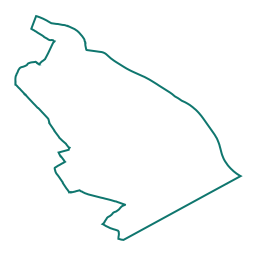 Brielle, Zuid-Holland, Netherlands
{"feature_id": "6326949B68429604867621", "entity_name": "Brielle", "entity_type": "district", "adm_level": 2, "iso_a3": "NLD", "parent_name": "Netherlands", "parent_adm1": "Zuid-Holland", "projection": "robinson", "projection_center": [4.167, 51.891], "detail": "fine", "context": "isolated", "style": "outline", "palette": "teal", "viewbox_px": 256, "rotation_deg": 0, "n_neighbors": 0, "source": "geoboundaries", "source_scale": "gbopen_adm2", "svg_char_len": 5211}
<svg xmlns="http://www.w3.org/2000/svg" viewBox="0 0 256 256"><path d="M240.6,176.1L239.5,175.5L237.8,174.4L236.6,173.6L234.4,171.9L233.3,171.0L232.3,170.0L231.3,169.1L230.3,168.1L229.4,167.1L228.5,166.1L227.6,165.0L226.8,163.8L225.4,161.8L224.7,160.7L224.1,159.6L223.5,158.4L223.1,157.4L222.1,154.9L221.7,153.6L221.4,152.5L220.4,148.6L219.7,146.1L219.5,145.2L219.1,144.0L218.6,142.6L217.8,140.6L217.3,139.4L216.7,138.1L216.1,137.2L215.3,135.8L214.7,134.8L213.4,132.9L207.9,125.1L203.1,118.3L202.2,117.1L201.4,116.0L200.4,114.8L198.8,112.9L197.4,111.4L195.8,109.8L194.2,108.5L193.2,107.6L192.2,106.8L190.6,105.6L189.8,105.0L187.7,103.7L185.2,102.3L181.7,100.7L179.3,99.0L178.5,98.5L178.1,98.2L174.9,96.4L172.2,94.1L169.8,92.4L158.4,85.2L157.1,84.3L152.1,81.2L149.1,79.4L147.4,78.5L144.4,76.9L143.2,76.4L134.3,72.4L131.7,71.2L129.5,70.1L126.5,68.5L123.7,66.8L115.7,61.8L114.8,61.2L113.9,60.6L112.0,59.2L110.9,58.4L110.0,57.6L106.1,54.1L105.9,54.0L105.1,53.4L104.5,53.1L103.9,52.8L103.2,52.5L102.7,52.3L102.4,52.3L101.9,52.1L101.2,52.0L98.8,51.7L96.1,51.3L87.2,50.1L86.7,50.0L86.5,49.9L86.5,49.6L86.2,49.3L85.4,45.5L85.3,44.4L85.2,43.1L85.4,43.1L85.3,42.2L84.7,41.2L84.4,39.6L84.0,38.8L82.2,36.2L80.8,34.6L78.9,32.4L78.2,31.8L77.7,31.3L77.1,30.8L75.6,29.8L74.6,29.1L69.2,26.6L68.9,26.5L68.4,26.3L68.4,26.2L67.5,25.8L67.3,25.9L67.3,26.0L64.7,25.1L62.4,24.9L57.9,24.0L56.1,23.9L51.3,23.2L47.8,21.2L46.7,20.5L44.7,19.5L42.9,18.6L41.2,17.9L39.8,17.3L38.1,16.7L37.3,16.4L36.5,16.2L36.1,16.1L31.3,28.8L32.6,29.6L33.4,30.0L33.6,30.1L33.8,30.2L34.4,30.6L34.7,30.8L35.1,31.1L35.4,31.2L35.6,31.3L36.7,32.0L37.6,32.7L38.0,32.9L40.3,34.3L40.8,34.6L41.5,35.0L41.8,35.2L42.3,35.5L42.7,35.8L43.6,36.4L44.1,37.0L45.0,37.5L46.3,38.2L47.2,38.7L47.4,38.9L47.9,39.2L48.2,39.4L48.9,39.8L49.5,40.0L49.9,40.1L50.0,40.1L50.4,40.1L51.2,40.1L51.7,40.0L52.2,40.1L52.8,40.2L53.3,40.4L53.6,40.9L54.0,41.3L54.5,41.4L54.3,41.7L53.9,42.0L53.5,42.3L53.4,42.4L53.2,42.8L52.9,43.2L48.1,53.3L46.7,56.0L45.2,58.8L45.1,59.1L43.2,60.6L42.6,61.0L41.7,61.6L40.9,62.4L40.2,63.1L39.5,64.0L39.4,64.1L39.4,64.3L39.2,64.5L38.9,64.3L39.0,64.3L38.9,64.2L37.6,63.2L36.0,62.0L35.8,61.9L35.6,61.8L35.4,61.9L34.7,62.0L33.9,62.1L32.0,62.3L31.3,62.4L30.4,62.6L28.7,63.2L28.3,63.4L28.0,63.6L27.8,63.7L27.7,63.9L27.2,64.6L27.1,64.8L26.7,65.1L26.5,65.3L26.2,65.4L25.3,65.9L24.8,66.1L23.8,66.5L22.9,66.8L21.6,67.1L21.1,67.3L20.6,67.5L20.1,67.9L19.8,68.1L19.6,68.3L19.4,68.6L19.1,69.1L18.7,69.6L18.5,70.0L18.3,70.4L18.2,70.6L17.4,72.7L16.8,73.6L16.7,73.9L16.6,74.2L16.5,74.3L16.2,75.4L16.1,75.5L15.9,75.8L15.7,76.4L15.6,77.0L15.5,77.7L15.4,78.9L15.4,79.4L15.4,80.4L15.5,82.4L15.4,82.4L15.4,83.3L15.5,83.2L15.5,83.9L15.5,84.2L15.5,84.7L16.4,85.3L18.7,87.8L19.7,88.7L21.3,90.5L22.4,91.6L23.1,92.4L23.6,92.9L24.6,93.9L24.8,94.1L25.1,94.3L24.8,94.5L25.5,95.1L25.8,95.3L26.0,95.5L26.4,95.8L27.1,96.6L29.0,98.7L31.0,100.8L33.6,103.6L34.5,104.5L34.9,104.9L37.7,107.9L38.2,108.0L40.3,110.2L41.4,111.4L42.3,112.4L43.0,113.1L44.2,114.4L47.0,117.4L48.0,118.5L48.4,119.1L49.4,122.8L49.2,123.0L54.4,130.6L54.3,130.8L58.9,136.9L59.2,137.6L62.5,140.8L66.0,143.8L66.1,144.1L68.5,147.2L69.6,147.7L69.0,148.7L68.9,149.0L68.6,149.7L68.6,149.8L67.2,150.2L62.3,151.5L60.5,152.0L59.4,152.3L58.6,152.5L59.5,154.4L60.6,156.5L61.0,156.4L64.0,160.4L64.0,160.5L64.2,160.8L64.9,161.7L65.0,161.8L64.3,162.2L64.3,162.3L63.3,162.8L62.9,163.1L62.5,163.3L62.4,163.3L61.5,163.8L60.0,164.7L57.9,165.8L57.0,166.4L56.6,166.7L55.4,167.4L55.1,167.6L54.8,167.8L54.7,168.0L54.7,168.4L54.7,168.8L55.0,169.9L55.3,170.9L55.3,171.1L55.4,171.5L55.6,171.9L55.7,172.2L55.9,172.6L56.1,173.0L56.3,173.4L56.6,173.8L56.9,174.2L57.0,174.3L57.3,174.6L57.4,174.8L57.6,175.1L57.9,175.4L59.4,177.5L60.8,179.6L61.4,180.4L62.0,181.4L62.8,182.4L62.8,183.0L64.8,186.0L66.0,187.8L66.2,188.1L66.4,188.4L67.6,189.9L68.3,190.9L68.8,191.6L68.9,191.9L69.1,192.4L70.0,192.2L70.2,192.3L70.3,192.1L71.0,192.0L71.2,192.3L71.3,192.4L71.7,192.3L74.9,191.6L76.4,191.1L77.7,190.8L78.5,190.6L79.6,190.3L80.6,191.1L81.0,191.3L81.8,191.5L82.2,191.7L82.5,192.0L83.8,192.6L84.7,193.1L86.1,193.6L86.7,193.8L88.3,194.4L100.8,197.6L103.1,198.1L105.3,198.7L106.6,199.0L110.2,199.9L111.6,200.3L112.6,200.6L112.9,200.7L114.3,201.1L114.8,201.3L115.9,201.4L116.1,201.5L118.8,202.5L119.6,202.7L120.2,203.0L121.4,203.4L121.7,203.5L122.7,203.9L124.2,204.4L125.8,205.0L125.3,204.9L125.1,204.9L124.9,204.9L123.7,205.4L122.3,206.0L122.0,206.2L121.1,207.0L120.6,207.5L119.5,208.8L119.2,209.2L118.1,210.1L117.0,210.9L116.4,211.3L115.9,211.6L115.6,211.7L114.6,212.0L114.2,212.2L114.0,212.3L113.6,212.5L113.3,212.7L113.1,212.9L112.8,213.2L112.3,213.9L111.3,215.0L110.8,215.3L110.1,215.9L107.9,217.1L107.3,217.6L107.2,217.7L106.8,218.3L106.4,219.0L104.8,221.4L104.4,222.1L104.4,222.4L104.1,222.7L104.0,222.9L103.8,223.1L103.7,223.2L103.1,223.7L102.6,224.1L103.3,224.4L104.1,224.9L105.1,225.5L105.5,225.8L105.9,226.0L106.7,226.4L107.6,226.8L107.8,226.9L109.0,227.5L110.0,228.0L110.8,228.3L112.3,228.8L113.4,229.2L115.2,229.7L116.4,230.1L117.5,230.5L118.0,230.7L118.6,231.5L118.8,232.1L118.7,232.7L118.8,233.1L118.9,233.8L118.9,234.4L118.7,235.8L118.5,236.9L118.4,238.8L121.3,239.6L123.5,239.9L209.1,193.2L240.6,176.1Z" fill="none" stroke="#0f766e" stroke-width="2"/></svg>